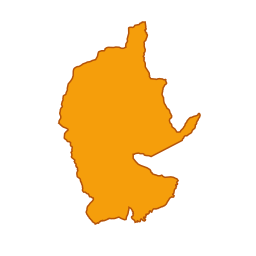 the district of Iruya, Salta, Argentina, rotated 67°
{"feature_id": "61730980B58435423783603", "entity_name": "Iruya", "entity_type": "district", "adm_level": 2, "iso_a3": "ARG", "parent_name": "Argentina", "parent_adm1": "Salta", "projection": "orthographic", "projection_center": [-64.795, -22.777], "detail": "fine", "context": "isolated", "style": "filled", "palette": "amber", "viewbox_px": 256, "rotation_deg": 67, "n_neighbors": 0, "source": "geoboundaries", "source_scale": "gbopen_adm2", "svg_char_len": 5858}
<svg xmlns="http://www.w3.org/2000/svg" viewBox="0 0 256 256"><g transform="rotate(67 128 128)"><path d="M199.2,104.6L198.7,104.2L197.1,104.4L196.6,103.9L196.2,102.6L196.0,102.4L193.8,102.9L193.1,103.8L191.2,105.4L189.7,107.7L187.8,113.4L186.1,114.8L184.8,115.2L184.5,115.7L184.6,116.6L184.5,117.3L183.7,119.1L182.4,120.3L181.2,121.9L179.8,123.3L178.8,123.6L178.4,123.4L177.2,124.2L176.1,123.8L174.8,124.1L172.1,126.0L167.5,130.9L165.4,132.7L162.0,134.0L158.0,135.1L154.2,133.5L154.6,132.4L154.4,131.6L154.6,130.3L155.2,128.1L156.4,126.8L157.4,124.4L157.9,123.8L158.6,123.5L159.3,123.5L160.4,122.1L161.7,119.5L163.3,117.9L160.6,83.0L159.4,82.0L159.0,80.8L157.8,79.6L157.6,79.1L157.6,77.8L158.2,76.9L157.4,73.8L157.3,72.3L156.8,71.1L155.2,69.6L154.9,68.4L154.6,68.0L154.5,66.9L153.2,65.6L151.5,64.8L151.1,63.6L150.5,63.0L149.6,62.7L148.2,61.0L148.0,60.4L147.0,59.6L145.8,57.7L144.3,56.6L143.1,56.5L142.5,56.7L142.3,57.2L142.7,58.2L143.4,58.7L143.4,60.6L143.0,62.8L143.1,65.3L142.7,66.5L143.0,67.6L144.4,70.6L145.5,71.7L146.6,73.7L147.9,74.6L148.6,75.6L148.8,76.1L149.8,77.4L150.9,80.2L151.9,81.5L151.4,83.5L150.8,84.6L147.3,85.2L144.7,86.7L144.0,87.0L141.6,86.5L139.6,87.3L137.3,87.0L136.2,86.2L135.6,84.9L135.6,84.3L135.3,83.8L133.9,83.0L133.3,83.2L131.8,83.1L130.8,83.4L127.8,83.0L126.3,83.5L125.3,84.3L120.7,84.7L120.3,84.9L118.9,84.9L116.9,84.5L113.8,83.4L113.1,83.6L110.6,83.6L110.0,83.4L108.5,82.4L108.2,82.0L107.1,81.6L106.4,80.9L104.8,80.0L103.8,78.6L102.7,77.3L102.6,76.1L101.8,74.9L100.2,74.9L99.4,75.0L98.4,74.3L97.9,74.6L97.8,75.8L97.3,76.4L96.0,77.5L95.9,78.1L94.9,79.6L94.4,81.3L94.5,82.2L94.2,83.2L93.9,83.3L91.5,87.8L89.0,88.2L88.3,87.7L87.0,87.5L86.0,87.1L85.3,87.1L78.6,88.2L75.2,86.9L74.0,86.8L73.1,87.0L71.7,86.9L71.1,86.3L70.5,86.3L69.8,85.6L69.0,85.7L68.6,86.0L68.1,86.0L67.7,85.7L67.4,85.0L66.3,84.1L65.6,84.3L65.2,84.1L64.4,82.6L63.1,81.8L62.2,81.4L61.1,81.5L58.6,81.0L57.1,80.2L55.5,79.8L54.9,79.2L54.6,78.5L54.5,78.0L53.9,77.0L53.4,76.8L51.6,75.0L50.0,73.8L49.1,73.9L48.5,74.3L47.9,73.7L46.2,74.4L45.3,74.0L44.5,74.4L44.4,74.3L44.3,73.0L43.7,72.5L42.7,72.7L42.0,72.1L37.1,70.8L36.9,71.5L36.0,73.5L36.5,74.1L36.5,74.5L36.3,75.9L37.1,77.2L36.2,81.5L37.1,82.9L37.3,83.6L37.3,84.3L36.6,85.5L36.0,87.1L36.0,87.9L36.3,88.4L41.1,90.3L45.8,94.0L47.2,94.3L48.2,94.8L49.6,96.9L52.0,98.3L52.7,98.2L52.8,98.4L52.9,100.8L52.4,102.2L51.8,103.2L50.2,104.6L48.7,107.6L48.3,109.8L46.0,114.7L45.8,116.3L46.1,118.1L46.9,118.5L47.6,119.8L46.6,122.1L46.4,124.3L46.5,125.3L47.5,126.3L50.1,128.1L52.4,131.1L51.9,134.8L52.1,135.4L52.0,137.5L51.4,139.8L51.6,141.4L51.4,144.2L51.5,144.9L51.9,146.1L52.2,148.7L52.2,149.2L51.7,150.7L51.7,151.9L52.0,153.8L52.4,154.6L53.1,155.3L54.2,156.1L58.6,158.1L59.7,159.2L60.4,159.6L62.3,162.3L64.1,165.8L67.6,168.3L69.4,169.0L71.2,171.0L72.6,172.0L72.8,172.5L73.0,174.4L73.3,175.1L74.3,175.6L75.3,176.3L76.5,176.7L77.2,177.2L78.1,178.3L80.4,180.0L82.2,179.9L82.9,180.4L83.4,181.7L84.8,183.2L85.9,183.7L87.2,184.7L88.2,185.2L90.9,185.3L92.4,185.9L93.1,186.6L94.3,188.4L95.1,189.0L95.9,189.1L96.4,189.9L98.3,188.9L98.7,188.9L99.8,188.2L100.6,188.0L101.9,187.1L103.7,185.2L105.5,183.8L106.0,183.8L106.4,184.0L106.8,184.5L106.8,185.1L107.4,186.7L108.4,188.5L112.1,190.5L112.8,190.6L115.2,189.2L116.5,189.1L117.0,188.7L117.7,187.3L118.8,186.7L119.3,186.6L119.9,187.1L121.5,187.7L122.8,187.4L123.2,186.8L123.5,186.8L124.3,187.0L126.1,188.2L127.6,188.6L128.1,189.9L128.4,190.0L129.5,189.8L130.8,190.2L131.6,190.5L132.4,191.4L133.2,191.3L136.7,189.5L137.5,190.0L137.9,190.6L138.7,190.4L139.4,190.6L140.4,190.0L140.7,190.0L141.6,190.2L142.5,190.8L143.0,190.6L143.9,190.7L144.4,190.0L146.4,190.5L146.6,190.9L147.7,190.8L148.9,192.3L150.2,193.0L152.5,193.6L153.0,193.7L154.1,193.1L155.7,192.1L157.0,192.0L157.9,192.4L159.3,192.5L159.5,192.2L160.0,192.2L161.0,192.5L163.4,192.5L164.8,193.1L165.7,193.1L167.3,194.2L168.1,194.3L169.7,193.9L170.3,192.5L172.5,191.3L173.3,190.2L176.1,190.2L176.2,189.9L176.6,189.8L176.9,188.9L178.4,188.1L178.6,187.7L178.9,187.3L180.3,187.8L181.3,189.2L182.4,192.1L183.9,194.7L184.3,195.8L185.9,197.1L187.1,197.6L189.1,199.4L191.5,199.5L192.3,199.2L193.3,199.2L194.8,198.7L195.9,198.7L196.6,198.2L197.2,198.2L199.3,197.3L200.2,197.4L202.9,195.6L203.6,195.7L203.6,193.6L203.4,193.1L204.1,192.3L203.1,190.7L203.4,189.9L203.2,189.3L202.9,189.2L202.9,188.9L203.1,188.2L203.4,188.0L203.2,187.4L203.7,187.2L203.7,186.7L204.0,186.1L204.1,183.0L203.8,181.7L204.1,181.4L203.8,180.7L204.9,178.8L206.1,175.7L206.4,171.5L206.8,170.9L208.5,169.7L211.1,167.0L211.4,165.5L209.1,164.0L207.5,162.1L206.4,161.2L204.3,159.9L203.9,159.4L201.4,158.1L202.3,157.5L202.8,156.9L203.2,156.7L204.4,156.5L204.7,156.3L205.7,156.4L206.2,156.2L206.8,156.5L207.4,156.0L208.1,156.4L208.6,156.4L208.7,156.9L209.9,157.1L210.6,157.5L210.8,157.8L211.0,159.1L211.4,159.6L213.0,159.6L214.3,158.9L215.2,158.3L216.9,158.1L217.6,158.3L217.7,157.2L218.1,156.1L217.2,155.8L217.1,155.5L218.2,154.8L218.7,154.1L218.8,153.4L218.2,152.8L217.0,152.0L216.9,151.5L217.1,151.1L219.1,150.3L220.0,149.3L219.8,148.2L219.2,147.7L218.8,147.8L217.8,148.7L216.4,148.5L216.3,148.1L217.2,147.5L217.2,146.8L217.0,146.6L216.4,146.6L215.7,145.5L215.0,145.5L214.5,145.1L214.5,144.9L214.8,144.6L215.0,144.1L214.7,143.6L215.0,143.0L214.7,142.0L214.2,141.5L213.3,141.1L212.9,140.5L212.9,140.0L214.3,139.6L214.7,139.1L214.6,138.8L213.8,138.3L212.6,136.6L212.5,135.6L213.2,134.7L213.1,134.0L213.6,133.3L213.5,132.7L213.8,131.8L213.6,131.4L213.7,128.6L213.5,127.9L213.9,126.9L213.6,125.6L213.8,124.8L212.9,122.4L211.5,120.8L211.3,120.4L211.0,120.2L210.6,119.3L208.9,117.1L208.5,114.7L209.1,113.9L209.3,113.2L209.2,112.8L208.7,112.3L208.1,112.0L206.9,112.8L206.4,112.7L206.2,111.9L205.9,111.3L203.5,109.8L202.6,109.0L202.1,107.3L201.3,107.0L200.6,106.2L200.3,106.1L199.7,106.5L199.1,106.3L198.9,105.6L199.2,104.6Z" fill="#f59e0b" stroke="#b45309" stroke-width="1.5"/></g></svg>